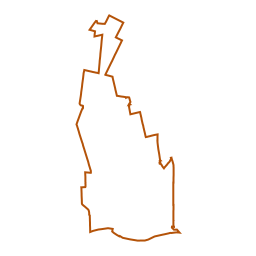 the district of Ciocanesti, Calarasi, Romania
{"feature_id": "2599482B47068055124782", "entity_name": "Ciocanesti", "entity_type": "district", "adm_level": 2, "iso_a3": "ROU", "parent_name": "Romania", "parent_adm1": "Calarasi", "projection": "mercator", "projection_center": [27.039, 44.238], "detail": "fine", "context": "isolated", "style": "outline", "palette": "amber", "viewbox_px": 256, "rotation_deg": 0, "n_neighbors": 0, "source": "geoboundaries", "source_scale": "gbopen_adm2", "svg_char_len": 5279}
<svg xmlns="http://www.w3.org/2000/svg" viewBox="0 0 256 256"><path d="M90.2,232.0L93.0,230.9L98.1,229.6L98.4,229.5L98.7,229.5L101.9,229.1L108.0,228.2L112.7,228.9L112.2,231.5L113.8,232.9L116.8,234.9L119.4,236.4L119.8,236.0L122.7,237.8L129.7,239.3L135.8,240.3L137.5,240.6L144.9,240.5L145.8,240.3L146.2,240.1L147.5,239.8L148.4,239.5L154.3,236.6L155.2,236.3L156.2,236.1L162.9,234.6L164.0,234.4L168.9,233.3L169.8,233.0L170.6,232.9L171.4,233.0L175.1,232.5L176.6,232.4L178.6,232.5L179.5,232.6L176.9,229.6L174.0,229.7L172.4,228.1L172.0,227.7L171.9,227.6L171.9,227.2L172.0,226.6L173.1,226.6L174.0,226.8L174.0,226.7L173.7,226.0L173.5,225.6L173.4,225.4L173.4,224.4L173.4,220.9L173.4,220.6L173.5,220.5L173.4,220.3L173.4,219.3L173.4,216.9L173.4,216.0L173.4,212.9L173.4,211.0L173.5,209.4L173.5,206.3L173.5,204.9L173.3,204.9L173.3,202.2L173.3,199.0L173.3,194.6L173.3,192.5L173.3,190.3L173.3,189.0L173.3,187.1L173.3,183.3L173.3,182.6L173.5,182.6L173.5,178.0L173.6,175.0L173.6,172.0L173.6,167.6L173.5,166.3L173.5,166.0L173.5,165.6L173.5,165.1L173.4,164.7L173.3,164.2L172.7,161.9L172.5,161.3L172.3,160.6L172.2,160.3L172.0,160.0L171.9,159.6L171.6,158.3L171.4,157.9L171.4,157.7L170.9,157.8L171.2,158.8L171.0,159.0L170.9,159.1L170.6,159.7L170.3,160.3L169.8,161.3L169.6,161.6L169.3,162.0L169.0,162.3L168.6,162.7L168.0,163.3L167.7,163.6L167.6,163.8L167.4,164.2L167.3,164.3L167.2,164.5L166.8,164.9L166.5,165.2L165.3,166.6L164.8,167.1L164.5,167.6L164.2,167.8L163.9,168.3L163.4,167.7L162.7,166.8L162.1,165.9L161.7,165.1L161.0,164.1L160.8,163.9L160.7,163.9L160.2,163.9L160.0,163.2L159.6,163.3L159.5,162.8L159.5,162.7L160.1,162.5L159.9,161.7L160.0,161.7L159.7,161.0L159.7,160.9L160.2,160.7L160.6,160.6L160.4,160.4L160.1,160.0L159.9,158.9L159.5,156.1L159.2,154.1L158.8,151.8L158.4,149.6L158.2,148.1L157.9,145.7L157.6,143.2L157.4,140.8L157.4,140.5L157.5,140.5L157.5,136.8L157.6,134.6L157.6,134.4L154.9,134.9L154.4,135.0L151.9,135.6L150.8,135.9L150.4,136.0L150.1,136.1L149.7,136.2L148.3,136.5L147.7,136.7L147.3,136.8L146.8,136.9L146.3,137.0L145.8,137.1L145.6,136.5L145.4,135.5L145.1,134.2L144.9,133.2L144.3,130.8L144.0,129.5L143.9,128.9L143.7,128.3L143.4,126.9L143.2,125.7L142.9,124.7L142.7,124.1L142.5,123.3L141.8,120.2L141.7,119.7L141.6,119.2L141.5,118.5L141.2,117.0L141.0,116.5L140.9,115.7L140.4,113.8L140.2,112.6L140.0,112.0L130.4,114.3L128.8,105.6L129.4,105.5L129.4,105.4L129.4,105.2L129.5,105.0L129.5,104.8L129.7,104.1L129.8,104.1L129.7,104.0L129.7,103.9L129.6,104.0L129.3,104.1L129.1,104.3L128.9,104.4L129.0,104.2L129.2,103.9L129.4,103.5L129.7,103.2L130.1,102.6L130.3,102.3L130.3,102.1L130.4,101.9L130.4,101.7L130.3,101.4L130.2,101.3L130.2,101.2L130.1,100.9L130.0,100.6L129.8,99.9L129.7,99.3L129.6,99.1L129.5,98.7L129.4,98.3L129.3,98.0L129.3,97.9L129.1,97.7L129.0,97.4L128.9,97.4L128.6,97.4L127.9,97.2L127.7,97.2L127.4,97.3L127.2,97.3L126.8,97.5L126.4,97.6L126.2,97.7L126.2,97.3L126.2,97.2L125.4,97.1L124.3,96.9L123.8,96.8L123.4,96.8L123.0,96.7L122.9,96.7L122.7,96.7L121.2,96.5L118.9,96.1L118.3,96.0L117.7,95.9L116.9,95.8L116.4,93.7L115.6,90.4L115.3,89.2L115.3,88.9L113.6,81.7L112.9,78.8L112.5,76.7L111.8,76.5L107.7,75.4L106.0,75.0L105.3,74.8L105.3,74.7L105.7,74.0L106.4,72.5L107.1,71.1L108.5,68.2L110.5,64.1L111.5,62.1L112.3,60.6L112.7,59.6L113.2,58.6L115.0,54.7L116.1,52.6L117.6,49.5L118.0,48.7L119.0,46.6L119.7,45.2L120.2,44.1L120.7,43.2L121.2,42.0L121.4,41.6L122.0,40.4L115.8,37.4L118.5,32.1L120.5,28.3L122.0,25.2L123.3,22.6L113.3,17.5L109.2,15.4L109.1,15.5L108.8,16.1L105.9,22.0L105.3,22.9L104.9,23.7L104.8,23.9L104.7,23.9L103.7,23.8L103.0,23.8L102.5,23.8L98.7,23.4L97.5,23.3L96.5,20.2L96.5,20.3L94.4,23.0L89.6,29.8L95.0,31.3L94.9,31.8L94.9,32.5L94.8,33.2L94.6,34.7L94.5,36.5L96.6,36.0L97.7,35.8L98.9,35.5L101.2,35.0L101.5,34.9L102.3,34.7L102.2,36.0L101.6,41.1L101.6,41.3L101.2,46.2L100.4,53.7L100.2,56.6L99.7,60.9L99.6,62.5L98.7,72.5L98.6,73.2L97.5,72.9L95.8,72.6L95.3,72.5L94.5,72.3L92.9,72.0L92.6,71.9L92.3,71.9L91.5,71.6L91.3,71.6L90.9,71.5L89.0,71.1L86.9,70.6L84.3,70.0L84.1,71.1L83.6,73.2L83.5,74.3L83.1,77.9L82.3,83.7L82.0,86.7L81.2,92.3L81.1,93.5L80.8,95.9L79.7,102.8L79.6,103.5L79.8,104.1L80.2,104.6L80.7,105.2L81.0,105.4L82.0,105.6L82.7,105.7L82.9,105.8L83.0,106.0L83.0,107.8L82.9,108.3L82.8,108.5L82.6,108.5L82.4,108.5L81.2,111.4L79.5,116.0L78.6,118.5L77.6,121.2L76.5,124.4L77.1,126.0L77.5,127.4L78.0,128.8L78.2,129.7L78.7,131.2L79.3,133.4L79.3,133.5L82.1,142.2L82.5,143.3L82.7,143.8L83.1,145.6L83.9,148.1L84.1,148.7L84.8,151.0L87.1,158.4L87.7,160.3L88.0,161.1L89.0,165.0L89.8,167.5L90.2,168.9L90.5,169.8L90.7,170.4L90.8,170.6L90.9,172.2L90.8,172.8L90.5,172.8L88.6,172.6L85.2,172.3L85.2,172.7L85.3,175.3L85.4,176.7L85.4,178.6L85.4,179.7L85.4,180.9L85.4,181.9L85.5,182.5L85.4,183.6L85.5,183.9L85.5,185.2L85.5,185.4L85.5,186.5L85.4,186.9L85.3,187.1L81.8,187.3L81.3,187.3L81.4,188.1L81.6,193.8L81.6,195.2L81.7,197.5L81.8,199.5L81.9,203.5L82.0,203.8L82.1,204.0L82.2,204.4L82.8,204.9L83.3,205.4L84.6,206.4L85.4,207.1L86.9,208.4L87.2,208.7L87.6,209.0L88.1,209.5L88.3,209.7L88.4,209.9L88.6,210.3L88.7,210.5L88.8,210.8L88.9,211.3L89.0,211.7L89.1,212.2L89.2,213.5L89.2,214.0L89.2,214.6L89.2,214.8L89.3,214.9L89.5,215.0L89.7,215.3L89.7,215.5L89.8,215.6L89.8,216.4L89.9,219.5L89.9,220.5L90.0,222.8L90.0,223.0L90.0,225.3L90.1,227.2L90.2,232.0Z" fill="none" stroke="#b45309" stroke-width="2"/></svg>